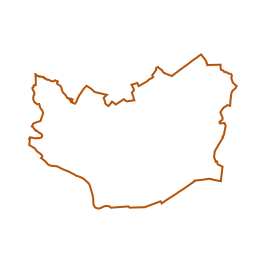 Ziru pag., Ventspils, Latvia, rotated 189°
{"feature_id": "27541924B88472203341854", "entity_name": "Ziru pag.", "entity_type": "district", "adm_level": 2, "iso_a3": "LVA", "parent_name": "Latvia", "parent_adm1": "Ventspils", "projection": "mercator", "projection_center": [21.635, 57.135], "detail": "fine", "context": "isolated", "style": "outline", "palette": "amber", "viewbox_px": 256, "rotation_deg": 189, "n_neighbors": 0, "source": "geoboundaries", "source_scale": "gbopen_adm2", "svg_char_len": 5586}
<svg xmlns="http://www.w3.org/2000/svg" viewBox="0 0 256 256"><g transform="rotate(189 128 128)"><path d="M227.9,166.7L227.6,166.1L227.1,163.4L226.8,162.1L225.8,155.9L227.2,155.6L227.3,155.6L227.7,155.5L227.8,153.4L228.5,153.2L228.7,152.6L228.2,151.1L226.6,149.2L225.6,146.7L226.3,145.1L226.3,142.2L225.3,140.1L224.0,138.6L222.7,138.0L221.5,137.2L219.5,137.8L219.1,137.0L219.0,136.9L218.7,136.0L217.4,133.6L215.2,131.6L214.1,129.3L214.8,125.6L214.9,125.1L215.0,124.4L215.3,122.4L215.6,121.2L219.4,119.3L220.1,118.8L221.2,118.1L221.9,117.9L222.3,117.3L223.2,114.5L222.4,114.5L221.3,113.2L221.0,113.0L219.6,111.7L219.1,111.1L218.8,111.2L218.4,111.0L218.3,111.3L217.8,111.0L216.3,110.1L215.3,109.6L214.5,109.3L214.2,109.2L213.3,108.8L212.9,108.6L212.1,108.0L211.7,107.7L211.5,107.1L211.5,106.3L211.8,105.5L212.6,104.8L213.3,104.4L214.8,103.8L215.7,104.1L217.3,103.3L217.9,103.2L218.3,103.3L219.7,103.4L223.3,103.5L223.4,103.1L223.5,103.0L223.6,102.7L223.8,102.2L223.9,101.9L223.1,101.9L223.1,99.9L223.0,96.7L222.9,95.8L216.8,93.3L214.4,90.8L209.7,88.4L208.2,86.8L208.4,86.1L208.6,85.4L209.1,84.7L208.1,84.3L207.3,83.9L207.1,83.7L206.0,83.0L204.2,81.9L203.6,81.5L202.2,80.2L201.4,79.6L200.8,79.3L200.0,79.0L199.5,78.9L198.6,78.8L198.0,78.8L196.9,78.8L195.1,78.8L193.0,79.1L192.4,79.0L190.9,78.7L190.2,78.5L188.8,78.0L187.5,77.5L185.7,77.0L183.6,76.6L181.6,76.1L179.7,75.7L179.3,75.6L177.9,75.1L175.1,74.1L174.2,73.9L173.5,73.6L172.2,72.9L171.4,72.7L169.0,72.4L168.2,72.2L167.3,72.0L165.7,71.6L165.0,71.4L163.6,70.7L162.9,70.3L161.2,69.1L158.9,67.7L158.2,67.1L157.7,66.5L157.3,66.0L156.7,65.2L156.1,64.0L155.8,63.3L155.5,62.6L154.6,60.7L153.6,58.6L152.7,56.9L152.4,56.0L152.3,55.5L151.7,53.8L151.5,53.1L151.3,52.5L150.9,50.5L150.6,49.3L150.3,47.9L150.2,47.4L150.0,46.9L149.8,46.4L149.2,45.7L148.6,45.0L148.0,44.5L147.3,44.2L146.2,43.9L145.1,43.9L144.6,43.9L144.2,43.9L143.8,44.1L142.8,44.5L139.4,46.8L138.5,47.2L138.0,47.4L136.9,47.6L136.5,47.7L135.6,47.8L135.0,47.7L134.3,47.6L133.8,47.5L133.5,47.3L133.0,47.1L132.2,46.6L129.6,47.3L125.9,48.1L124.9,48.4L124.8,48.5L124.5,48.5L121.0,49.3L115.5,50.6L113.8,49.6L109.8,50.4L103.6,51.5L102.3,51.9L102.1,51.8L99.2,52.3L84.4,60.7L84.2,60.6L82.9,58.8L78.5,63.1L75.9,65.4L73.3,67.7L69.6,71.0L68.5,72.2L66.3,74.1L62.0,78.0L61.9,78.2L59.9,80.1L57.0,82.9L54.1,85.6L54.2,85.8L54.3,86.3L43.8,89.3L40.2,90.5L37.8,90.6L37.7,90.6L37.6,90.4L37.2,90.4L35.8,90.2L28.0,90.0L28.1,91.9L28.6,104.6L33.7,106.2L34.9,108.9L35.9,108.3L38.4,112.5L38.7,118.5L34.0,130.5L32.6,133.7L33.2,134.1L32.2,136.5L31.9,145.6L33.5,148.0L34.4,147.7L37.9,147.0L38.2,147.1L38.5,148.5L36.1,150.9L36.0,152.4L36.7,153.8L39.2,157.7L38.7,159.5L37.9,160.9L37.0,162.9L34.1,165.3L33.5,166.1L30.6,165.9L31.2,172.7L31.1,173.4L31.2,175.2L31.3,176.2L31.4,177.0L31.3,177.6L31.3,178.0L31.2,178.9L31.1,179.5L31.0,180.1L30.7,180.6L29.7,182.3L29.3,182.6L29.2,182.7L28.3,183.9L28.0,184.2L27.8,184.6L27.6,185.4L27.3,186.0L27.3,186.3L27.3,186.5L27.8,186.5L31.8,189.5L32.0,190.1L33.2,192.4L33.9,194.0L33.5,195.3L34.0,196.7L34.1,196.9L34.4,197.2L34.9,197.5L35.2,197.6L35.3,197.6L35.7,197.5L36.3,197.5L36.6,197.5L37.1,197.5L39.4,198.6L40.4,198.3L40.5,198.3L42.0,198.6L42.3,199.3L43.1,199.7L44.8,199.8L45.7,200.8L46.5,205.0L54.1,203.6L54.4,203.6L59.5,202.5L59.5,202.9L59.7,203.2L60.3,204.3L60.5,204.5L60.8,204.7L60.8,204.9L60.9,205.4L60.9,205.8L62.0,207.0L67.3,212.1L69.7,209.8L70.2,209.3L70.2,209.2L72.1,207.2L72.4,207.1L75.5,204.0L77.9,201.4L82.8,196.5L85.7,193.6L92.7,186.4L92.8,186.2L98.0,187.3L98.3,187.4L101.5,188.2L103.5,190.4L103.5,190.5L105.9,191.6L108.1,193.0L108.5,192.5L109.4,191.8L109.5,191.5L109.6,191.4L109.6,191.0L109.5,190.9L109.3,190.5L109.2,190.1L110.1,188.1L110.6,187.1L110.6,186.9L110.8,186.6L111.2,185.8L111.8,185.0L111.9,184.7L112.2,184.1L112.3,183.9L112.3,183.6L112.0,183.3L111.7,183.0L111.1,182.4L111.3,182.1L111.7,181.8L111.8,181.7L112.0,181.4L112.0,181.2L112.3,180.9L114.4,179.7L116.2,177.3L116.4,177.1L119.5,174.6L124.0,171.0L125.9,173.9L131.3,171.2L130.6,170.4L130.2,169.7L129.4,168.7L129.1,168.3L129.0,168.2L128.8,167.9L128.1,166.6L128.1,166.4L128.9,164.9L129.7,163.5L129.3,162.9L128.1,160.5L127.7,159.9L126.9,157.7L126.1,156.3L126.7,156.2L130.1,155.2L130.3,155.0L130.5,155.0L131.0,155.0L132.1,154.4L132.5,154.2L133.5,154.2L134.5,154.4L134.6,154.5L136.6,155.8L143.7,149.3L145.9,150.5L147.9,151.6L148.9,149.6L150.2,147.4L150.8,146.6L153.9,148.3L154.3,148.7L154.8,150.4L155.9,152.4L156.8,154.0L154.1,157.4L156.9,157.6L166.3,158.3L166.7,158.5L170.8,161.1L175.5,163.2L176.9,161.3L178.2,159.2L178.6,158.2L179.6,156.2L180.1,154.8L180.7,153.8L181.5,152.1L181.9,150.6L182.4,149.3L182.7,147.6L183.0,146.1L184.3,143.7L184.5,143.8L186.9,144.3L187.2,144.8L187.4,145.7L187.4,146.7L187.1,147.5L188.5,148.1L189.6,147.4L188.6,146.5L187.8,144.8L188.2,144.7L189.3,146.1L189.8,146.6L191.1,148.3L192.5,147.9L194.5,150.4L196.2,151.9L197.5,152.6L197.6,152.9L198.0,153.2L199.5,155.7L199.4,156.0L200.9,158.7L202.5,159.5L204.3,160.2L205.2,160.8L204.6,163.0L207.6,163.7L208.1,162.8L208.9,162.5L211.4,162.3L212.9,163.0L213.1,163.0L213.3,163.0L213.6,163.0L213.9,163.2L214.1,163.3L214.7,163.3L214.8,163.1L215.4,163.1L215.4,163.3L216.4,163.4L216.8,163.6L217.4,163.7L217.8,163.8L217.8,164.0L217.8,164.3L218.0,164.5L218.4,164.5L218.6,164.7L218.9,164.7L219.1,164.7L219.3,164.6L219.5,165.1L219.8,165.2L220.0,165.0L220.5,165.1L220.9,165.1L221.1,165.1L221.6,165.1L222.1,165.2L222.3,165.2L222.8,164.8L223.0,164.9L222.9,165.1L223.3,165.1L223.7,165.2L223.8,165.0L224.3,164.9L224.6,165.0L225.0,165.2L225.1,165.4L226.0,165.3L226.9,166.2L227.8,166.7L227.9,166.7Z" fill="none" stroke="#b45309" stroke-width="2"/></g></svg>